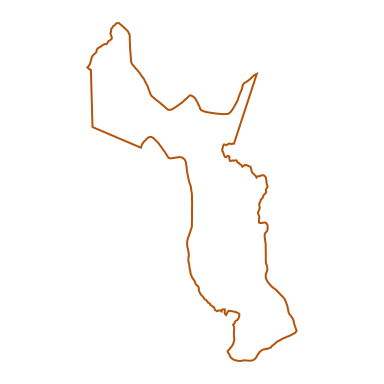 outline of São Sebastião da Boa Vista, Pará, Brazil
{"feature_id": "56859067B42238092487296", "entity_name": "São Sebastião da Boa Vista", "entity_type": "district", "adm_level": 2, "iso_a3": "BRA", "parent_name": "Brazil", "parent_adm1": "Pará", "projection": "equal_earth", "projection_center": [-49.65, -1.432], "detail": "fine", "context": "isolated", "style": "outline", "palette": "amber", "viewbox_px": 384, "rotation_deg": 0, "n_neighbors": 0, "source": "geoboundaries", "source_scale": "gbopen_adm2", "svg_char_len": 5389}
<svg xmlns="http://www.w3.org/2000/svg" viewBox="0 0 384 384"><path d="M111.1,29.1L111.2,30.5L110.9,32.0L110.4,33.5L111.1,35.4L111.7,36.8L111.8,38.6L110.4,40.0L108.6,41.1L107.8,42.2L107.1,43.6L106.1,44.2L104.8,44.1L102.8,45.0L100.6,46.7L99.5,47.3L97.5,48.5L96.6,50.2L96.4,51.9L95.4,53.2L93.8,54.5L92.4,56.1L91.6,57.6L91.3,59.4L90.8,61.0L89.9,64.1L88.8,65.8L87.4,67.5L88.9,68.8L89.8,69.5L90.9,69.9L92.5,127.0L95.6,128.4L140.9,147.7L142.0,144.4L143.9,141.7L147.5,138.1L148.8,137.3L149.9,137.0L151.3,136.9L153.6,138.2L154.5,139.2L155.7,140.3L156.7,141.4L157.9,142.5L158.9,143.7L159.7,145.1L160.8,146.2L161.8,147.8L162.8,149.2L165.5,152.9L166.4,154.6L167.1,155.6L167.8,156.8L168.6,157.9L170.2,158.4L173.0,158.1L176.3,157.5L179.4,157.1L180.6,157.2L182.6,157.7L184.9,159.8L185.9,162.3L186.3,165.0L186.7,168.7L187.2,172.4L187.6,174.6L188.2,177.4L188.5,178.9L189.4,182.5L189.9,183.8L190.7,186.2L191.2,189.2L191.3,190.9L191.7,192.4L191.9,194.4L192.0,196.5L192.0,200.0L192.1,201.6L192.1,205.4L192.0,208.0L192.0,213.6L192.1,215.6L192.0,217.9L192.0,220.1L191.9,222.9L191.9,226.8L191.3,228.5L190.7,230.4L190.2,231.7L189.8,233.2L189.1,235.0L188.2,237.5L187.6,239.4L187.1,242.6L187.1,244.3L187.5,247.4L187.9,248.8L188.7,253.0L188.8,254.9L188.5,257.9L188.3,259.9L188.5,262.2L189.2,264.0L189.4,266.6L189.5,268.1L190.1,270.1L190.7,274.2L191.7,276.1L192.1,277.5L194.0,280.0L194.7,281.3L195.4,283.4L196.1,284.5L197.1,285.6L198.2,286.3L198.8,288.1L198.8,290.1L199.9,293.0L200.7,294.3L203.0,296.7L204.0,298.3L204.8,299.4L206.1,300.1L207.1,301.1L208.0,302.5L209.8,303.6L210.4,305.1L211.8,305.7L212.9,306.8L214.2,307.4L214.9,309.9L217.0,311.2L218.7,310.5L220.4,310.4L221.6,311.4L222.1,309.6L223.4,309.3L224.7,309.3L224.9,310.7L224.6,312.4L225.0,313.9L226.1,315.0L227.2,312.7L228.5,310.9L229.9,310.9L231.0,311.1L232.6,311.3L236.0,312.1L238.5,313.3L239.4,314.4L239.3,315.8L238.9,317.3L238.0,319.4L236.6,320.5L235.6,321.0L234.8,322.1L234.4,323.7L233.1,324.6L234.1,327.1L234.2,328.8L233.8,334.2L234.3,339.2L234.1,340.7L233.1,344.1L231.4,346.8L230.3,348.1L229.4,349.3L228.5,350.1L227.6,351.0L228.0,352.7L229.0,353.9L230.8,357.6L232.2,358.7L233.3,359.5L235.4,360.3L236.6,360.6L238.9,360.9L240.1,361.0L243.0,360.6L244.1,360.3L246.2,360.4L248.2,360.7L250.5,360.7L252.1,360.5L253.7,359.8L254.8,359.0L255.7,358.1L258.5,353.6L259.6,352.0L261.4,350.5L262.8,349.7L264.6,349.2L266.2,348.8L267.7,348.8L268.9,348.2L271.0,347.4L271.7,346.2L274.0,344.4L276.0,342.7L276.9,341.7L278.2,341.1L279.2,340.7L280.3,340.0L282.7,338.6L285.3,337.6L286.4,336.9L287.5,336.6L289.5,335.8L291.8,334.7L292.9,334.0L295.3,332.7L296.6,330.9L295.5,327.7L295.0,326.1L294.4,324.7L293.8,321.8L293.4,320.2L292.7,318.7L291.1,316.2L289.8,314.7L288.8,313.0L287.7,307.9L287.4,306.2L286.9,304.8L285.9,302.0L285.4,300.7L284.7,299.4L284.1,298.3L282.9,297.0L282.0,296.0L280.9,295.2L280.0,294.1L279.2,293.2L277.8,291.6L276.8,290.5L273.9,288.2L272.7,287.5L271.7,286.4L269.8,284.6L269.1,283.5L267.6,281.9L267.0,280.4L265.9,278.5L265.7,276.6L265.8,274.9L266.2,272.9L266.8,271.7L267.2,270.1L267.4,268.6L267.1,267.0L266.7,265.4L265.9,262.7L265.8,260.9L265.8,259.3L265.8,253.6L265.7,248.7L265.7,246.6L265.7,244.4L264.9,239.0L264.7,237.1L264.7,234.6L265.3,233.0L266.2,232.0L267.0,231.0L267.5,229.7L267.7,228.1L267.5,225.1L266.2,223.0L264.8,222.5L260.3,223.1L259.0,222.5L258.9,221.1L259.0,218.9L259.4,217.5L259.0,215.6L258.2,214.0L258.0,212.3L258.9,210.5L259.8,207.9L259.3,205.6L259.2,203.5L260.0,202.5L260.5,201.2L260.8,199.8L261.7,198.9L262.9,197.4L263.3,195.6L264.2,194.4L265.4,193.5L266.2,192.0L265.9,190.2L266.2,188.9L267.6,186.8L267.3,185.2L266.7,184.0L266.4,182.4L266.5,180.9L265.8,177.4L264.9,176.3L263.8,175.3L262.6,175.2L261.2,175.5L260.0,176.0L257.3,176.5L256.5,177.5L255.4,175.6L254.5,174.8L253.5,173.8L252.4,172.9L251.8,171.8L251.4,170.1L251.1,168.6L250.4,166.7L247.7,165.7L246.3,165.0L245.0,165.0L243.7,165.8L242.3,166.7L241.4,165.0L239.6,163.9L238.7,162.9L237.4,162.3L236.9,161.0L236.0,160.2L233.6,160.8L232.5,160.4L231.4,160.8L230.2,161.1L229.6,159.7L229.2,158.2L229.5,156.8L228.3,155.9L227.2,156.1L226.3,157.1L225.2,157.1L224.4,155.8L223.8,154.6L223.1,152.0L222.1,150.6L222.4,148.9L223.2,145.7L223.9,144.5L225.1,144.6L226.4,145.2L227.4,144.6L228.4,143.9L229.5,143.5L231.4,144.1L232.7,143.7L234.0,143.7L234.8,141.1L256.8,73.9L254.4,75.1L253.5,75.9L248.8,80.2L243.8,83.5L242.8,85.0L242.4,86.9L241.8,89.3L241.1,91.0L240.2,93.0L239.6,94.5L239.1,95.9L238.6,97.2L238.0,99.3L237.5,100.6L236.4,102.7L235.3,104.6L234.1,106.8L232.6,109.3L230.4,112.2L229.0,113.4L227.8,113.9L224.6,114.1L222.5,114.1L220.1,114.0L218.9,113.7L216.9,113.7L215.8,113.5L213.3,113.1L210.7,112.8L207.2,112.2L205.1,111.7L203.8,111.3L202.7,110.9L200.9,109.9L200.0,108.4L199.5,106.6L198.8,105.2L198.2,104.1L197.3,102.2L196.5,100.9L195.9,99.4L194.1,97.3L191.5,95.6L190.3,95.3L189.3,95.8L186.1,98.9L184.7,99.9L183.9,100.8L183.0,101.6L181.8,102.8L179.5,104.3L178.4,105.2L177.3,105.9L173.4,108.5L171.6,109.6L169.6,109.9L168.4,109.7L167.2,109.2L165.2,107.2L162.0,104.6L161.0,103.8L160.1,102.9L155.8,99.6L151.7,96.1L150.5,94.3L149.5,91.4L148.3,88.4L147.9,87.0L147.3,85.5L146.3,83.7L144.7,80.8L144.1,79.2L142.3,76.8L141.0,75.1L140.2,73.7L138.9,72.0L138.0,71.1L136.9,69.6L136.0,68.8L132.1,64.1L131.4,62.4L131.0,61.1L130.9,58.4L130.2,50.0L129.8,40.9L129.7,35.1L127.9,31.3L122.4,26.0L118.8,23.0L116.1,23.4L114.8,25.2L113.1,26.2L112.3,27.7L111.1,29.1Z" fill="none" stroke="#b45309" stroke-width="2"/></svg>